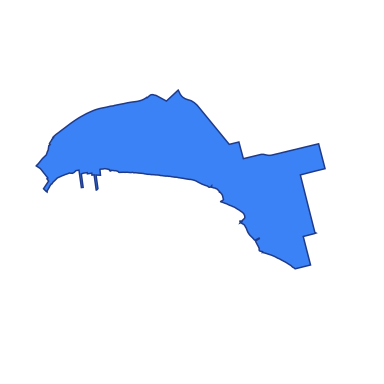 the district of Port Phillip, Victoria, Australia, rotated 337°
{"feature_id": "25037944B19605677345756", "entity_name": "Port Phillip", "entity_type": "district", "adm_level": 2, "iso_a3": "AUS", "parent_name": "Australia", "parent_adm1": "Victoria", "projection": "natural_earth1", "projection_center": [144.966, -37.859], "detail": "fine", "context": "isolated", "style": "filled", "palette": "blue", "viewbox_px": 384, "rotation_deg": 337, "n_neighbors": 0, "source": "geoboundaries", "source_scale": "gbopen_adm2", "svg_char_len": 5882}
<svg xmlns="http://www.w3.org/2000/svg" viewBox="0 0 384 384"><g transform="rotate(337 192 192)"><path d="M290.1,278.2L289.3,277.2L292.8,254.5L298.4,218.6L312.5,220.7L323.6,222.5L326.8,201.0L327.4,197.1L302.1,192.9L279.8,189.2L279.0,189.0L278.3,188.8L277.6,188.5L277.0,188.3L276.5,188.0L275.8,187.6L275.2,187.2L273.4,185.9L273.0,185.6L272.6,185.3L272.1,185.1L271.7,184.9L271.0,184.6L270.4,184.4L269.8,184.3L252.3,181.4L254.0,169.1L254.7,164.3L244.9,162.7L230.8,114.6L230.6,114.1L230.5,113.7L229.2,111.1L229.1,110.8L227.1,107.9L226.8,107.6L226.6,107.4L225.1,106.1L224.9,106.0L222.8,104.1L222.4,103.7L222.0,103.3L221.7,102.8L221.4,102.4L220.8,101.6L220.5,101.0L220.2,100.5L220.0,100.0L219.9,99.5L219.7,99.0L219.6,98.5L219.5,97.9L219.4,97.4L219.3,96.9L219.3,95.8L219.2,93.7L219.1,92.8L204.0,98.3L196.7,89.1L195.6,88.3L195.4,88.3L194.2,87.2L193.4,86.8L193.0,86.7L192.6,86.6L192.4,86.5L191.7,86.5L190.8,86.7L190.1,86.9L188.8,87.3L187.8,87.6L187.5,87.7L187.3,87.2L186.6,87.4L185.3,87.6L183.6,87.8L183.0,87.8L181.8,87.8L180.1,87.7L178.1,87.4L177.1,87.2L176.3,87.0L174.5,86.5L171.3,85.6L167.2,84.6L166.3,84.5L165.4,84.3L163.7,84.0L160.6,83.3L157.6,82.7L156.3,82.4L155.6,82.3L154.4,82.0L154.0,82.0L153.6,82.0L153.4,82.0L152.7,81.8L151.6,81.5L150.7,81.2L149.6,81.0L146.5,80.5L140.8,79.3L139.0,79.0L136.6,78.7L134.1,78.5L133.6,78.5L129.5,78.5L127.0,78.6L125.7,78.6L123.8,78.8L119.8,79.2L117.1,79.5L114.2,80.0L111.0,80.6L109.1,81.0L107.2,81.4L105.3,81.9L102.9,82.5L96.0,84.2L92.3,85.2L89.6,85.8L87.8,86.4L86.9,86.7L85.8,87.2L85.4,87.3L85.7,87.9L85.4,88.0L84.2,88.6L83.7,88.7L83.4,88.9L83.4,89.2L82.8,89.6L82.0,90.1L81.5,90.4L80.3,91.3L79.6,91.9L79.9,93.0L78.3,93.4L76.0,97.2L74.8,98.2L72.4,100.9L67.4,102.8L61.4,106.0L59.3,106.8L58.8,107.1L61.1,110.5L61.3,110.8L61.5,111.2L61.6,111.5L61.8,112.0L62.0,112.7L63.1,116.8L63.3,117.3L64.1,120.4L64.8,122.8L64.7,122.9L63.6,123.2L64.3,125.7L64.3,125.9L56.6,131.0L57.3,132.8L58.1,134.1L57.9,134.3L58.6,135.4L59.0,134.7L59.2,134.3L59.8,133.9L60.0,133.7L62.2,132.1L63.2,131.2L64.3,130.4L65.6,129.8L65.6,129.7L66.1,129.8L68.0,128.6L70.0,127.9L73.0,126.7L73.3,126.5L74.7,126.4L76.9,126.4L78.6,126.3L80.5,126.4L82.4,126.4L84.4,126.6L86.7,126.6L87.0,127.0L88.1,127.5L89.3,128.1L91.1,127.9L93.6,127.0L96.5,127.7L91.9,144.7L93.6,145.2L97.2,132.1L99.3,132.2L103.1,133.2L102.8,134.4L107.1,135.5L106.5,137.4L108.6,137.9L107.8,140.9L104.6,152.7L104.6,152.8L105.1,152.9L106.7,152.2L110.3,138.9L114.3,140.8L116.1,135.2L116.3,135.2L116.9,135.3L117.4,135.5L118.1,135.7L118.6,135.9L119.6,136.2L120.5,136.3L121.2,136.7L121.8,137.0L124.6,138.9L124.7,139.1L124.7,139.8L124.5,140.0L124.6,140.3L125.3,140.9L125.7,140.5L125.8,140.6L126.0,140.4L127.1,141.0L127.6,141.2L128.9,142.1L129.8,142.5L130.2,142.6L131.8,144.0L132.1,144.6L132.3,145.2L132.5,145.4L132.9,145.6L133.9,146.0L134.5,146.2L135.7,146.7L136.2,146.8L137.5,147.5L138.0,147.7L138.8,148.0L140.1,148.5L140.8,148.9L142.8,150.0L143.4,150.3L143.9,150.4L144.6,150.5L145.2,150.8L145.4,151.1L145.7,151.4L146.2,151.7L147.2,152.0L148.5,152.7L150.2,153.7L152.3,154.8L154.4,155.9L155.3,156.6L155.9,157.0L156.9,157.6L158.1,158.4L158.8,158.7L160.1,159.3L161.3,160.1L162.7,160.7L164.6,161.7L165.5,162.2L166.6,162.7L168.3,163.6L168.9,164.1L169.9,164.8L170.9,165.2L171.9,165.9L174.0,167.1L175.9,167.9L176.5,168.4L177.7,168.9L178.5,169.4L179.1,169.9L180.2,170.5L181.9,171.6L182.6,171.9L183.3,172.2L184.2,172.8L185.3,173.6L186.2,174.1L187.1,174.7L188.8,175.7L190.4,176.8L193.9,179.0L194.9,179.6L195.7,179.9L197.0,180.8L198.3,181.8L199.0,182.4L200.0,183.4L201.0,184.7L201.7,185.6L203.0,187.1L204.2,188.6L205.3,189.6L206.7,191.0L207.7,191.9L208.3,192.3L208.8,192.9L209.0,193.4L209.1,193.7L209.5,194.2L210.1,194.5L210.8,194.6L211.6,194.6L212.1,194.2L212.5,194.0L212.3,194.5L212.0,194.8L211.7,194.9L211.6,195.1L212.2,195.5L213.1,196.3L213.6,196.7L214.7,197.4L215.2,197.9L215.4,198.1L215.4,198.3L216.0,198.8L216.3,199.1L217.5,202.4L217.3,202.5L217.2,202.6L217.2,202.8L217.3,202.8L217.6,202.8L218.1,204.2L218.4,205.1L218.5,205.5L218.6,206.2L218.7,206.7L218.6,207.5L218.6,207.9L218.5,208.3L218.3,209.3L218.0,211.3L217.5,211.5L216.8,211.7L215.8,211.8L214.7,211.9L214.6,212.1L214.8,212.4L216.4,213.7L216.6,213.9L217.2,214.5L218.4,215.7L219.0,216.1L221.4,218.9L222.9,220.2L223.9,221.4L225.1,222.5L226.0,223.8L227.1,225.4L228.1,226.7L229.7,229.3L230.3,230.2L230.6,230.8L230.7,231.1L231.0,231.6L231.1,232.1L231.2,232.8L231.2,234.5L230.7,236.1L230.6,236.3L230.2,236.6L229.8,236.8L229.0,237.2L227.8,237.6L227.1,237.8L226.8,237.9L226.7,238.1L226.9,238.3L226.4,238.8L225.9,238.2L225.4,237.9L225.1,237.5L224.9,237.4L224.7,237.5L224.6,238.1L224.7,238.5L224.6,238.9L224.1,239.3L224.7,239.3L225.4,240.0L226.0,240.9L226.9,242.0L227.1,242.4L227.3,242.8L227.4,243.5L227.5,244.1L227.6,245.4L227.7,246.0L227.8,246.6L227.7,248.3L227.7,249.5L227.7,251.1L227.8,251.6L228.1,253.4L228.3,253.9L228.4,254.5L228.7,255.1L228.9,255.6L229.1,256.1L229.3,256.7L229.6,257.2L229.8,257.7L229.9,258.2L230.1,258.6L230.3,259.1L230.4,259.6L230.6,260.1L230.7,260.5L230.9,260.8L231.2,261.0L235.7,260.6L235.7,261.3L231.7,261.8L231.3,262.2L231.3,262.7L231.3,263.2L231.4,264.2L231.5,265.4L231.5,266.0L231.6,266.6L231.7,267.2L231.8,269.7L231.9,270.1L231.5,270.7L231.1,271.8L231.1,272.4L231.6,273.0L233.6,274.5L233.1,275.2L233.7,275.3L234.3,276.0L235.3,276.7L235.6,277.0L236.0,277.3L236.5,277.7L237.8,278.9L238.3,279.3L239.2,280.1L239.7,280.5L240.6,281.3L241.4,282.1L241.8,282.6L242.3,283.0L243.5,284.4L243.9,284.9L244.3,285.4L244.6,285.9L245.0,286.3L245.4,286.8L245.9,287.2L246.7,288.1L247.4,289.1L248.2,290.1L248.6,290.5L249.3,291.5L249.7,291.9L250.5,292.9L250.9,293.4L251.1,293.7L251.8,294.7L252.1,295.2L252.5,295.7L253.2,296.8L253.6,297.2L253.9,297.8L254.3,298.3L254.6,298.8L254.8,299.5L255.1,300.1L255.4,300.7L255.8,301.1L256.2,301.6L256.5,302.2L256.8,302.8L256.9,303.0L272.6,305.5L277.0,276.4L288.2,278.1L290.1,278.2Z" fill="#3b82f6" stroke="#1e3a8a" stroke-width="1.5"/></g></svg>